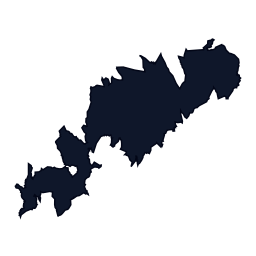 the district of Huaquechula, Puebla, Mexico
{"feature_id": "50627088B22944090632500", "entity_name": "Huaquechula", "entity_type": "district", "adm_level": 2, "iso_a3": "MEX", "parent_name": "Mexico", "parent_adm1": "Puebla", "projection": "robinson", "projection_center": [-98.531, 18.757], "detail": "fine", "context": "isolated", "style": "filled", "palette": "ink", "viewbox_px": 256, "rotation_deg": 0, "n_neighbors": 0, "source": "geoboundaries", "source_scale": "gbopen_adm2", "svg_char_len": 5729}
<svg xmlns="http://www.w3.org/2000/svg" viewBox="0 0 256 256"><path d="M16.6,184.3L16.0,186.0L15.5,186.0L15.4,186.5L16.2,187.9L18.7,188.3L20.9,191.2L20.7,192.3L21.7,192.9L21.4,195.8L22.0,197.6L25.1,201.1L24.2,201.4L24.7,202.1L23.8,203.3L23.4,206.2L24.1,207.9L22.8,208.9L22.1,208.4L20.7,209.6L21.0,210.6L20.0,210.9L20.1,212.0L19.2,212.9L19.6,214.1L19.3,215.4L20.2,215.6L20.5,216.9L21.2,214.8L26.0,211.1L30.6,209.2L32.1,209.6L32.9,208.1L34.9,208.3L35.9,207.1L36.7,205.2L36.4,204.6L37.1,204.3L36.2,203.3L36.6,202.4L36.1,201.4L36.8,198.9L35.6,197.1L35.7,196.5L34.0,196.1L34.7,194.7L37.3,196.8L38.2,196.5L39.0,199.5L40.1,201.3L40.5,197.9L39.9,196.2L40.8,193.6L40.7,191.6L42.8,192.6L49.9,191.4L52.6,192.1L52.2,196.3L54.8,198.9L54.7,204.6L55.2,207.5L56.8,209.6L56.5,210.2L58.1,216.5L58.3,215.7L60.7,214.9L62.2,213.6L65.1,210.1L67.8,209.3L68.7,208.3L70.8,204.8L70.5,199.6L72.0,199.2L72.1,198.6L72.8,198.6L73.6,197.6L73.8,198.1L76.8,196.0L79.4,195.5L83.7,192.7L85.8,194.0L86.8,193.5L88.2,194.5L87.9,193.3L87.1,193.0L87.0,190.9L86.1,190.7L84.3,186.6L85.4,184.5L84.4,183.8L85.0,179.7L86.7,177.9L88.8,176.9L89.5,175.8L90.2,172.6L91.2,172.0L90.5,169.7L91.1,168.7L94.6,166.9L98.0,167.3L98.9,168.1L101.0,166.5L101.2,165.1L99.6,165.4L94.3,162.2L92.0,165.9L89.7,163.3L89.3,159.2L87.7,158.0L88.7,156.3L88.3,155.4L87.5,155.4L87.6,154.9L88.9,150.7L89.5,150.8L89.3,149.0L88.3,149.1L88.3,148.5L89.0,148.2L89.3,148.7L90.2,148.7L91.0,148.2L91.0,149.5L91.8,149.9L92.3,151.9L93.4,152.4L96.3,143.3L100.8,136.5L103.7,135.4L104.1,135.7L104.8,134.6L106.4,135.6L107.2,134.8L109.4,135.9L110.5,135.0L111.1,135.2L111.3,137.9L112.1,138.1L111.7,138.4L111.5,143.1L110.5,145.1L112.0,145.4L111.8,146.1L113.0,147.0L114.6,145.9L114.5,144.8L115.6,143.6L118.1,141.5L119.2,138.1L120.2,138.1L120.4,139.7L121.4,139.9L121.7,143.9L121.6,147.3L120.5,149.2L126.3,151.7L126.1,153.2L124.8,154.6L126.3,154.5L126.3,155.1L128.5,156.0L130.0,160.0L132.2,162.2L131.1,166.6L135.5,160.7L136.1,156.1L136.7,156.4L136.4,157.7L137.2,158.1L136.5,159.4L137.4,159.9L136.7,161.1L137.7,161.5L137.3,162.8L137.8,165.2L138.2,164.1L139.5,163.3L141.5,160.4L142.9,157.5L143.1,155.6L143.8,155.0L145.0,152.5L146.6,153.2L146.9,152.5L148.3,153.1L148.6,152.6L149.4,153.4L150.8,150.2L150.8,147.2L156.5,143.3L156.6,142.7L160.8,146.9L160.9,146.4L161.9,146.6L162.6,144.4L161.7,144.2L161.7,142.2L162.1,141.1L163.2,141.1L162.9,140.2L164.4,135.0L164.0,133.9L165.6,133.3L166.9,130.4L168.8,129.8L172.8,129.5L173.0,131.1L174.5,131.0L174.2,127.7L175.5,127.6L175.3,126.5L176.4,126.3L175.5,124.7L175.1,122.0L177.8,122.6L181.1,122.1L182.2,122.9L182.4,121.1L180.7,114.1L180.7,110.6L181.7,112.4L183.1,113.6L184.9,117.0L186.7,118.3L188.7,115.8L189.6,113.0L192.1,112.8L192.9,111.9L194.0,108.6L196.1,107.5L196.9,107.7L199.2,105.6L206.6,101.7L207.3,99.9L209.0,98.6L208.7,97.2L211.9,90.7L213.7,88.3L213.7,87.4L215.6,90.1L216.0,91.6L217.0,92.5L218.3,98.7L224.5,96.0L226.1,97.0L226.2,98.7L228.0,98.7L228.0,97.6L232.8,90.6L233.2,88.7L234.8,87.6L236.6,87.7L236.8,86.2L238.7,85.2L238.6,84.3L237.7,83.8L240.1,80.7L239.2,79.8L240.6,78.1L239.4,77.2L239.2,75.2L237.7,74.6L237.3,75.2L236.7,74.8L237.5,73.1L236.7,72.3L237.8,70.9L238.2,67.4L238.9,65.8L238.4,64.6L239.0,62.8L238.5,59.2L234.4,55.0L230.7,53.5L229.5,53.5L226.1,50.1L224.6,46.5L223.3,45.4L222.2,45.4L221.8,44.6L215.5,47.4L215.6,48.5L213.9,49.4L211.6,50.0L211.1,49.6L210.5,50.3L207.7,50.3L207.6,48.5L206.7,48.6L206.5,47.9L207.3,47.1L209.4,47.6L211.2,46.8L211.3,46.4L210.4,45.8L212.3,43.8L212.7,41.2L214.0,39.9L212.9,39.2L212.3,39.1L210.6,40.7L210.3,40.3L207.9,40.9L207.7,43.3L208.1,43.7L203.3,47.9L204.3,49.2L203.7,49.7L187.2,50.9L186.1,49.3L184.3,55.1L184.1,57.7L178.5,56.3L178.9,58.0L180.3,60.3L180.4,62.1L181.2,63.0L181.1,64.1L181.9,65.1L182.3,67.2L183.7,68.9L184.9,73.8L185.8,74.3L184.9,81.8L183.7,82.3L182.3,83.9L180.0,88.3L180.1,89.5L176.1,83.4L172.7,75.7L169.1,71.8L168.3,69.1L166.6,67.1L164.9,62.6L161.4,56.2L160.8,53.9L155.2,63.7L154.9,62.6L153.6,63.6L153.1,62.2L151.9,62.9L151.4,62.0L150.0,62.8L145.3,58.4L140.8,55.8L139.5,55.6L141.0,56.5L143.0,59.7L143.3,67.5L144.5,68.7L144.9,71.8L134.6,70.1L123.3,67.1L116.8,67.3L117.1,68.4L116.7,68.6L118.8,72.4L122.2,76.5L122.5,79.8L120.2,80.2L117.5,79.8L113.8,78.4L112.2,76.7L111.5,78.3L111.7,82.8L108.8,84.9L109.2,82.5L108.1,79.2L105.9,78.0L103.7,80.1L102.2,78.0L101.8,80.0L104.1,85.3L104.1,86.6L97.0,85.3L95.7,86.0L95.4,86.6L92.5,87.6L91.0,86.9L90.5,88.5L91.0,89.6L91.0,92.1L90.1,94.9L90.8,96.6L90.3,99.3L91.3,102.1L89.0,109.4L87.3,111.9L87.4,117.6L86.1,118.5L85.9,122.1L86.7,123.6L87.0,126.3L85.8,126.5L85.4,125.8L83.7,125.3L81.9,127.8L84.2,132.0L86.2,133.7L85.2,136.3L85.7,140.8L87.4,142.6L85.2,143.4L85.2,144.0L83.9,143.8L80.6,140.1L78.5,140.2L77.6,138.3L76.3,137.7L76.2,136.7L75.1,137.0L73.7,136.5L71.7,133.6L69.8,133.3L69.5,132.2L68.5,131.4L66.1,130.8L64.0,126.2L59.3,131.1L60.5,134.5L60.0,135.1L60.7,136.4L56.8,140.3L55.7,141.6L55.7,142.4L57.4,145.4L57.6,148.3L60.4,151.2L61.6,154.0L61.3,155.4L62.8,156.8L62.4,157.6L62.9,158.0L62.6,158.6L63.2,159.9L63.1,160.8L64.1,162.9L65.0,163.3L64.5,164.3L66.2,165.2L67.9,165.1L70.1,166.4L71.7,165.0L74.6,165.6L75.2,166.3L76.7,165.8L78.1,170.6L77.3,171.5L77.6,172.3L77.2,172.8L72.3,177.2L71.7,175.2L70.2,174.2L69.6,172.5L68.2,171.0L68.0,167.9L65.3,167.6L65.3,166.5L62.2,168.7L59.3,168.9L55.6,168.2L54.5,167.3L51.9,168.2L51.1,167.2L47.5,166.9L43.0,169.8L41.5,168.6L41.2,170.5L39.0,171.9L35.2,172.2L35.2,175.3L34.5,175.6L34.2,176.8L33.1,177.4L32.8,179.0L32.0,178.5L32.4,177.2L30.8,176.7L31.4,175.1L31.2,173.4L30.7,172.7L32.2,167.9L31.5,167.3L31.1,165.6L28.5,163.7L28.5,174.7L26.7,179.4L25.9,179.4L25.4,180.8L25.9,181.7L25.2,182.2L25.5,185.0L24.5,185.7L25.7,187.3L23.2,188.5L22.5,188.2L21.9,187.1L19.9,186.4L17.8,184.3L16.6,184.3Z" fill="#0f172a" stroke="#020617" stroke-width="1.5"/></svg>